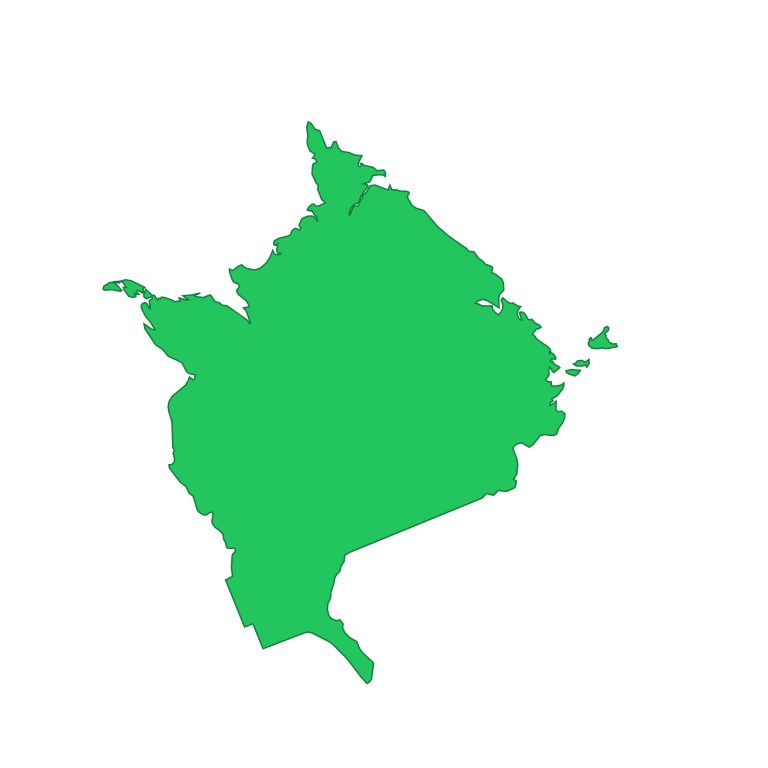 map outline of New Brunswick (Equal Earth projection), rotated 248°
{"feature_id": "CAN-684", "entity_name": "New Brunswick", "entity_type": "Province", "adm_level": 1, "iso_a3": "CAN", "parent_name": "Canada", "parent_adm1": "", "projection": "equal_earth", "projection_center": [-65.996, 46.339], "detail": "fine", "context": "isolated", "style": "filled", "palette": "green", "viewbox_px": 768, "rotation_deg": 248, "n_neighbors": 0, "source": "natural_earth", "source_scale": "10m", "svg_char_len": 6176}
<svg xmlns="http://www.w3.org/2000/svg" viewBox="0 0 768 768"><g transform="rotate(248 384 384)"><path d="M303.6,537.2L295.4,533.6L293.1,535.0L292.3,538.4L288.7,540.5L284.9,538.9L281.3,535.2L277.5,529.4L273.0,525.4L272.7,523.2L273.3,520.6L276.9,514.1L277.6,509.2L272.1,500.0L271.0,495.0L278.0,489.5L278.5,484.8L277.5,480.9L275.6,479.2L265.1,479.2L259.3,477.9L250.8,473.4L247.0,468.3L244.9,470.2L243.5,469.9L239.5,467.3L238.8,465.5L238.5,458.4L239.0,456.3L242.5,450.1L239.8,443.8L244.2,437.9L241.5,432.5L240.8,289.8L240.1,283.7L234.3,280.4L231.4,276.2L226.9,272.9L225.0,268.5L221.9,265.1L217.2,262.2L210.9,256.8L205.4,254.2L201.3,249.6L196.2,247.1L190.8,246.1L185.9,247.3L182.3,251.4L181.9,254.8L176.8,256.2L173.6,254.3L168.4,254.4L161.5,257.3L155.4,262.2L147.9,262.2L143.4,263.3L130.2,269.4L128.5,269.5L114.9,261.7L113.2,259.0L112.6,256.2L120.9,253.0L143.3,246.8L161.9,239.0L165.1,237.1L180.1,224.0L182.3,221.1L183.1,217.2L183.9,172.7L210.8,172.7L210.9,163.7L261.7,163.7L262.4,171.5L271.0,173.8L281.7,178.9L283.1,180.2L284.1,183.0L286.9,184.4L288.2,183.0L290.0,177.9L291.4,176.9L296.2,177.6L300.1,177.2L304.8,178.4L309.3,176.9L314.3,173.7L318.8,172.6L321.0,172.9L327.8,177.1L329.9,176.1L330.1,174.2L329.1,170.1L330.2,167.6L334.8,164.4L337.5,163.7L351.3,165.1L356.0,162.4L363.3,162.0L369.0,158.4L386.4,153.6L389.6,154.3L388.9,158.1L390.6,160.6L393.2,161.9L399.0,162.6L401.4,165.3L403.7,164.3L428.6,173.3L439.2,174.2L444.2,175.5L448.8,178.7L452.0,183.1L457.2,199.3L459.9,203.2L463.4,206.4L459.3,208.3L459.6,209.7L462.8,212.7L467.3,206.6L469.8,205.5L478.9,204.7L482.9,201.7L490.4,194.4L498.4,191.9L506.1,186.9L524.7,183.0L529.6,184.0L521.8,189.1L520.0,192.1L528.4,190.7L536.9,188.1L545.1,187.5L547.7,188.3L549.2,190.3L548.8,193.2L546.8,194.5L541.6,194.8L541.6,195.7L549.2,197.5L550.0,201.1L551.5,201.5L552.1,200.6L552.0,195.7L554.3,194.1L556.1,194.5L561.2,198.4L552.8,202.5L552.2,204.3L546.6,205.5L547.9,207.3L546.7,208.7L547.9,210.1L546.5,212.8L541.1,219.0L538.6,220.7L538.1,223.9L536.9,226.2L540.5,226.2L535.4,233.0L534.9,235.2L536.3,233.4L541.1,230.6L538.6,239.0L537.1,247.8L537.0,241.6L535.1,242.8L531.8,249.1L531.9,255.8L530.5,256.8L523.4,258.3L521.6,261.4L517.8,263.4L515.3,267.8L494.0,281.3L490.3,282.1L490.3,283.0L502.9,283.7L507.2,282.1L506.2,287.7L506.9,288.4L512.7,287.5L521.5,282.6L524.6,282.1L526.4,282.9L528.1,286.0L529.6,286.6L531.5,286.2L534.4,283.0L537.3,282.3L545.8,282.8L548.5,283.8L545.8,286.2L547.7,292.5L547.9,296.5L543.1,299.5L538.8,305.6L537.8,309.5L537.9,313.2L540.3,320.1L544.2,325.8L549.6,330.9L546.8,330.9L544.7,331.9L543.4,334.1L543.2,337.3L543.9,337.3L545.4,334.3L548.6,334.8L553.8,338.1L553.1,335.5L554.0,334.2L555.7,334.3L557.7,335.9L558.5,340.6L557.1,350.6L557.4,353.3L560.2,355.6L561.3,358.1L561.5,360.6L558.1,363.3L560.3,365.4L562.5,364.5L563.9,365.5L567.5,369.3L568.2,371.4L568.1,376.3L566.8,380.0L565.0,381.9L559.0,383.6L562.2,383.6L563.8,384.4L566.8,382.8L572.3,382.1L571.7,380.9L573.9,378.0L576.2,380.4L577.6,384.4L577.1,386.5L574.3,387.4L573.5,389.9L574.0,397.4L578.6,395.3L589.8,395.5L592.4,397.4L595.8,396.4L605.5,395.9L612.6,399.2L614.9,401.2L614.2,402.7L615.1,404.5L616.1,405.0L618.6,404.5L620.2,402.3L621.0,404.0L623.2,406.0L627.8,402.7L634.4,402.7L637.2,403.4L642.6,406.3L651.0,408.5L655.4,411.8L653.3,413.9L646.2,415.5L642.7,419.2L624.4,419.2L623.7,422.3L622.3,422.8L627.5,428.2L626.7,430.3L619.6,430.3L615.5,432.0L611.6,438.4L606.9,443.0L604.0,449.1L598.9,443.5L596.3,442.0L594.8,442.5L594.3,443.7L595.1,444.8L597.1,444.8L597.1,445.8L594.1,447.6L588.9,455.1L584.3,457.5L582.7,463.5L581.2,464.4L579.2,464.5L575.9,463.0L577.9,461.6L579.7,458.4L581.5,451.6L577.3,447.6L576.8,445.7L577.2,440.2L575.5,442.7L574.2,443.4L573.0,442.4L567.0,433.2L561.9,428.4L561.2,422.3L559.3,418.9L554.6,415.2L553.0,415.5L558.6,420.6L560.1,422.8L558.9,426.1L559.3,427.3L563.0,431.1L564.3,433.5L566.5,434.5L568.8,440.2L572.4,444.2L573.0,445.8L571.7,450.4L562.4,460.4L566.1,464.0L561.1,464.0L559.2,468.7L557.0,470.8L554.3,476.9L552.7,478.7L551.3,478.9L550.3,477.0L547.9,475.6L538.9,476.9L535.0,479.6L529.7,486.1L510.1,492.6L496.6,499.5L478.6,511.3L475.4,512.2L472.8,516.9L465.2,518.8L460.8,521.6L457.0,522.9L453.3,527.2L451.3,528.4L447.1,525.6L443.6,528.7L437.2,532.5L433.0,532.6L426.1,530.2L423.7,524.7L421.5,522.9L411.5,519.2L422.1,511.4L425.4,507.6L425.8,502.1L424.6,498.8L423.5,500.8L419.6,504.4L415.8,513.6L413.0,512.7L408.6,513.9L405.2,516.3L407.3,520.0L409.6,522.3L412.3,523.7L418.3,524.3L419.4,526.5L413.6,529.4L411.0,531.9L410.9,533.9L406.0,537.3L404.6,539.8L401.6,534.8L399.7,533.7L393.5,533.7L391.6,535.7L399.8,536.3L398.8,539.5L396.2,541.0L390.0,541.8L388.8,543.5L388.5,545.5L384.8,546.3L379.9,550.5L377.7,550.8L377.3,548.0L377.8,545.8L374.7,540.3L371.7,541.9L368.5,542.4L357.1,549.8L353.7,551.2L351.0,550.5L351.8,549.5L350.3,548.6L349.7,551.2L348.2,552.5L343.6,553.2L342.8,552.4L344.6,548.2L342.5,546.7L342.2,548.7L338.2,549.5L335.0,552.4L333.3,553.1L331.0,545.9L332.2,545.0L337.6,544.0L335.3,541.9L330.5,540.4L327.7,535.7L324.9,536.7L323.3,539.9L319.6,538.6L317.7,541.9L317.1,545.5L316.6,548.3L317.6,551.1L315.0,550.1L312.8,548.1L308.2,540.5L307.3,533.7L305.0,534.5L304.5,531.3L302.1,529.9L302.4,534.1L303.6,537.2ZM335.5,600.2L337.0,594.3L339.7,589.9L343.3,588.3L345.6,588.8L346.9,591.3L348.3,590.6L349.4,592.4L349.1,593.7L347.3,593.1L346.4,594.4L350.5,606.8L353.6,609.4L353.7,612.6L351.7,613.4L349.7,612.2L348.2,608.0L347.1,607.5L345.7,608.0L344.0,607.0L341.3,608.3L338.2,608.4L335.3,611.2L334.3,614.4L331.2,614.4L333.5,603.2L335.5,600.2ZM577.7,177.8L576.9,176.1L580.4,170.6L578.3,177.4L577.3,183.7L574.3,188.5L563.2,198.4L562.6,196.4L558.3,194.8L563.2,190.7L562.6,189.2L559.0,190.3L559.7,188.2L561.1,186.8L558.3,186.7L557.9,185.8L558.8,182.9L561.0,180.2L568.5,178.3L571.3,178.6L570.1,181.3L576.2,179.9L577.7,177.8ZM573.4,167.1L575.4,160.7L576.9,159.0L579.6,160.8L580.9,168.1L579.4,171.0L577.3,172.7L569.0,176.0L568.6,174.5L573.4,167.1ZM331.9,576.2L328.8,578.8L330.0,583.2L326.2,582.0L323.5,578.4L326.0,577.7L326.4,574.8L328.6,569.1L331.6,567.2L331.7,570.2L332.9,571.8L331.9,576.2ZM327.1,563.5L323.1,571.2L321.1,568.3L319.9,564.0L324.4,558.8L326.5,557.5L328.1,557.9L327.1,563.5Z" fill="#22c55e" stroke="#15803d" stroke-width="1.5"/></g></svg>